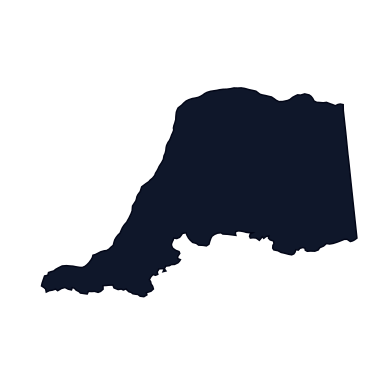 the district of Cachoeira Grande, Maranhão, Brazil, rotated 264°
{"feature_id": "56859067B84641252535542", "entity_name": "Cachoeira Grande", "entity_type": "district", "adm_level": 2, "iso_a3": "BRA", "parent_name": "Brazil", "parent_adm1": "Maranhão", "projection": "equal_earth", "projection_center": [-43.956, -3.094], "detail": "fine", "context": "isolated", "style": "filled", "palette": "ink", "viewbox_px": 384, "rotation_deg": 264, "n_neighbors": 0, "source": "geoboundaries", "source_scale": "gbopen_adm2", "svg_char_len": 3838}
<svg xmlns="http://www.w3.org/2000/svg" viewBox="0 0 384 384"><g transform="rotate(264 192 192)"><path d="M109.0,43.0L109.7,46.2L107.9,48.1L109.7,52.1L110.3,55.7L108.3,58.7L107.2,61.9L109.5,62.9L108.6,65.0L106.5,66.5L104.7,69.3L103.2,70.4L102.3,73.9L101.5,77.1L104.0,78.6L103.5,81.8L103.4,84.7L102.0,88.1L102.7,90.7L104.6,93.4L108.2,93.7L108.0,96.9L108.0,99.8L107.7,103.6L104.8,104.4L102.7,108.3L102.9,111.5L101.7,113.5L102.5,116.2L101.1,117.3L99.4,118.8L98.5,121.0L97.0,122.5L96.3,125.0L95.7,127.6L93.8,129.5L92.9,133.2L94.4,136.4L96.6,136.0L97.6,140.8L99.6,143.5L102.4,143.0L104.9,141.7L107.1,141.5L109.3,140.4L112.0,142.3L114.0,144.5L113.0,147.0L113.7,149.4L116.2,149.0L119.0,151.2L118.9,153.6L118.5,156.5L121.0,158.1L121.1,161.8L122.0,163.9L121.8,167.1L123.1,170.7L124.5,172.3L125.9,173.4L127.3,170.8L129.4,171.1L132.2,173.4L134.1,172.9L135.7,169.7L138.1,167.0L140.5,166.1L142.4,166.1L144.8,167.3L146.3,168.3L148.1,169.0L147.3,172.0L148.2,174.9L149.8,176.5L151.8,178.2L152.1,181.8L149.7,182.4L146.6,183.7L144.3,185.2L141.8,187.4L140.4,191.0L138.5,193.0L137.8,197.4L136.9,200.7L138.3,203.4L141.1,204.5L144.2,206.0L146.0,207.3L147.5,210.0L148.4,213.1L148.4,216.7L147.0,218.2L146.2,223.1L144.3,231.1L146.0,230.8L148.1,231.3L148.5,233.9L148.1,236.2L147.2,239.3L146.2,241.8L145.7,243.9L145.1,248.2L143.9,245.4L141.9,244.6L140.1,245.2L140.1,248.0L139.5,250.9L138.2,252.5L136.9,253.9L138.4,255.5L140.3,257.2L138.4,258.5L139.9,260.8L140.4,263.9L138.2,263.2L136.2,264.7L134.7,268.0L132.0,268.1L130.5,266.9L127.7,266.4L125.9,267.3L124.6,271.4L122.6,274.3L121.6,277.3L119.9,281.8L119.1,284.6L119.8,286.8L121.4,288.2L123.8,289.2L123.1,291.7L124.7,293.4L125.2,296.4L124.3,298.5L122.3,298.6L121.0,300.4L120.9,303.6L120.3,308.0L121.2,311.5L123.2,313.1L124.5,317.2L126.7,320.3L125.9,323.4L126.1,326.9L126.9,330.8L127.7,333.9L129.0,338.5L128.7,341.4L126.2,344.3L126.6,346.6L127.4,348.6L128.9,351.2L177.9,351.1L201.6,351.1L205.7,351.1L213.6,351.0L233.1,351.1L235.0,351.1L257.2,351.0L263.1,351.5L264.0,348.6L263.8,346.3L262.8,343.6L264.3,340.8L265.3,338.6L267.1,335.1L267.0,331.9L267.7,328.2L268.1,325.5L269.7,322.9L272.5,321.8L274.7,320.4L276.3,318.6L277.8,314.3L277.0,310.2L277.6,307.1L276.7,304.6L275.6,301.9L273.7,299.0L273.0,296.6L272.5,291.8L272.8,287.9L274.4,285.3L276.1,283.5L278.2,281.0L279.2,278.1L280.2,275.3L281.3,271.8L282.2,269.7L285.6,266.1L286.6,263.2L287.8,259.5L289.5,255.2L290.4,251.8L290.6,248.2L291.1,244.6L290.7,241.0L290.6,237.0L290.9,233.9L290.8,230.0L290.5,227.5L290.4,225.1L290.2,220.9L289.5,217.3L288.5,214.8L287.4,213.0L286.3,210.6L285.5,208.2L285.1,205.0L284.9,202.0L284.1,198.5L283.1,195.7L281.4,193.2L279.4,190.8L278.2,188.8L277.1,187.0L275.5,186.0L273.1,184.8L270.5,184.2L268.4,183.8L265.7,183.4L262.6,182.2L259.8,180.9L257.5,180.2L255.5,180.3L252.9,179.0L250.8,177.7L248.9,176.8L247.1,175.9L245.4,174.8L243.9,173.4L240.9,171.6L238.8,170.9L235.9,170.3L233.2,169.3L231.1,168.0L227.4,166.9L224.3,164.8L222.5,163.3L220.7,161.9L219.1,161.0L216.8,159.5L214.5,157.7L212.4,156.7L209.9,154.2L208.2,151.6L206.8,150.2L205.2,147.2L202.4,142.5L197.9,140.6L195.1,138.0L193.0,136.7L190.8,136.0L189.0,135.2L186.8,133.4L184.3,131.4L181.7,130.9L179.5,130.5L176.7,129.1L174.3,127.6L172.5,126.5L170.6,125.1L168.8,123.9L167.4,122.3L165.9,120.8L163.8,119.1L160.9,117.4L158.7,116.2L156.9,113.9L154.7,111.8L152.5,110.2L150.2,109.2L147.2,108.1L145.5,105.5L143.9,103.6L142.7,101.0L142.7,98.6L142.1,95.1L140.9,92.0L139.9,89.3L139.5,86.9L137.3,86.1L135.4,84.8L132.6,82.3L130.6,79.9L129.2,77.7L128.4,75.0L128.8,72.4L129.7,69.0L130.7,65.8L131.3,62.4L131.9,59.4L132.0,55.1L130.5,51.1L129.3,48.3L127.9,46.2L127.5,43.5L126.9,40.9L124.3,39.9L123.9,36.6L120.7,35.1L117.0,33.4L114.3,32.5L112.4,34.9L110.8,36.3L107.7,36.6L108.8,39.7L109.0,43.0ZM118.5,156.5L115.8,154.9L116.2,157.8L118.5,156.5Z" fill="#0f172a" stroke="#020617" stroke-width="1.5"/></g></svg>